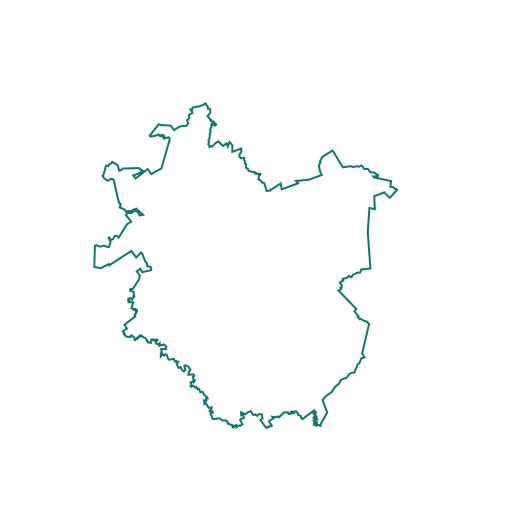 the district of Macuspana, Tabasco, Mexico, rotated 317°
{"feature_id": "50627088B6911600135809", "entity_name": "Macuspana", "entity_type": "district", "adm_level": 2, "iso_a3": "MEX", "parent_name": "Mexico", "parent_adm1": "Tabasco", "projection": "mercator", "projection_center": [-92.511, 17.856], "detail": "fine", "context": "isolated", "style": "outline", "palette": "teal", "viewbox_px": 512, "rotation_deg": 317, "n_neighbors": 0, "source": "geoboundaries", "source_scale": "gbopen_adm2", "svg_char_len": 6151}
<svg xmlns="http://www.w3.org/2000/svg" viewBox="0 0 512 512"><g transform="rotate(317 256 256)"><path d="M399.5,280.6L400.4,280.0L399.2,275.3L396.6,272.5L397.3,269.3L396.8,268.0L394.8,266.7L394.5,265.6L395.0,262.4L394.6,261.5L392.4,261.1L391.2,259.3L387.7,257.2L386.5,254.9L380.0,250.4L384.0,231.1L372.3,228.7L367.3,230.4L367.3,231.2L363.6,232.8L360.3,238.4L359.3,241.6L346.8,236.3L336.4,228.4L336.4,231.5L320.3,224.8L323.6,219.7L314.0,218.2L312.2,217.4L311.1,217.9L308.2,215.7L311.7,208.3L310.6,206.4L310.8,203.5L309.9,201.6L313.0,199.3L314.6,199.5L315.2,199.0L312.8,196.8L312.8,195.6L311.6,195.3L312.3,193.6L311.2,193.0L308.7,188.7L309.6,186.4L308.9,185.0L309.5,183.4L311.2,182.5L311.1,180.7L312.1,179.9L313.0,177.1L314.3,176.3L311.7,174.2L311.7,172.0L312.6,170.8L316.5,169.6L318.5,167.3L309.7,163.7L314.3,158.8L314.4,154.5L310.1,156.7L311.3,153.5L306.9,153.1L306.6,146.5L303.2,145.8L298.3,146.0L298.1,144.9L296.4,144.5L297.2,143.3L297.3,141.6L299.1,141.0L299.8,139.2L302.8,137.9L305.8,134.9L308.0,133.8L308.8,132.2L312.9,130.4L313.0,129.2L314.6,129.4L314.2,130.7L315.2,132.9L316.6,132.7L316.4,128.2L315.0,126.7L315.9,125.8L315.3,125.2L316.0,123.6L315.8,120.8L320.0,120.2L322.4,117.7L322.6,116.8L321.3,115.6L322.7,113.5L322.5,112.0L323.3,110.6L322.5,109.6L320.4,109.6L316.1,107.6L311.1,104.2L309.5,105.2L308.0,104.1L307.9,106.5L306.9,108.1L305.1,107.3L302.7,107.4L301.2,109.7L298.1,109.6L297.0,112.9L293.8,113.2L290.3,110.3L287.7,109.1L281.9,108.0L282.5,102.4L275.7,95.4L274.7,93.4L260.4,95.5L260.2,96.6L264.3,99.4L267.7,100.8L267.5,102.7L268.2,103.5L269.0,103.0L270.4,103.7L270.7,106.8L269.6,104.5L268.8,107.5L273.0,109.5L273.2,110.5L272.1,112.1L246.6,127.4L235.2,124.7L236.1,118.5L220.8,117.2L221.2,113.4L228.0,116.2L231.2,116.1L230.2,111.7L218.0,101.0L216.6,101.3L214.1,100.5L216.7,95.2L215.1,89.1L213.4,89.5L211.4,88.8L209.2,89.6L208.7,88.2L207.6,87.8L199.9,92.6L198.6,92.7L197.8,96.0L199.1,100.1L202.3,100.5L203.6,102.0L203.8,103.2L192.1,123.6L192.5,125.6L189.4,127.6L191.3,131.5L191.3,135.7L193.3,135.8L194.4,137.6L200.7,139.6L201.5,148.8L198.5,146.9L199.6,143.3L198.1,139.9L194.8,139.9L191.4,137.0L188.8,137.2L188.2,145.8L183.2,144.8L168.2,148.9L167.8,146.3L166.9,145.3L165.7,145.1L163.2,146.2L161.3,145.5L160.7,144.1L161.2,142.3L160.6,142.3L159.3,146.4L154.8,149.1L153.9,148.7L151.7,144.5L148.5,143.0L146.6,139.3L145.3,138.5L130.3,153.7L134.0,158.9L142.8,161.6L142.3,162.7L168.2,167.3L167.4,175.4L174.4,175.0L174.2,177.3L171.6,183.4L171.2,187.2L169.6,189.2L171.5,192.3L170.4,194.3L169.5,194.8L161.7,190.2L162.6,186.4L158.3,186.0L157.7,191.0L154.4,193.4L143.3,196.1L141.8,194.4L140.4,195.4L141.9,198.8L139.4,202.6L138.7,202.0L138.2,202.7L135.7,203.4L135.9,201.8L135.3,201.1L134.1,200.4L133.6,201.5L133.2,200.5L132.3,201.1L132.8,201.8L131.3,203.0L134.7,206.2L129.1,209.3L130.9,211.7L129.9,212.0L131.1,213.6L131.7,213.1L132.0,214.0L131.2,215.4L129.8,215.0L129.1,216.2L127.6,215.9L126.4,217.8L113.0,216.6L112.1,221.0L107.1,220.3L106.9,223.4L106.1,223.3L106.1,226.1L107.1,227.8L109.1,229.7L109.9,228.9L111.2,229.6L111.2,233.9L110.1,234.2L110.3,235.2L113.2,234.8L113.0,235.5L113.9,235.5L116.4,234.8L116.4,236.0L118.7,235.7L117.6,236.5L118.9,240.7L118.7,244.8L118.1,244.5L118.0,245.5L119.9,247.8L121.7,246.0L122.7,245.9L122.8,247.0L124.1,247.0L124.5,248.8L126.3,249.1L126.8,249.9L126.4,250.5L124.1,250.3L123.2,251.8L124.1,253.8L126.1,254.0L124.1,255.8L128.4,257.9L128.5,261.3L127.3,261.6L126.7,262.8L123.2,259.4L120.8,263.0L120.0,262.3L117.9,264.5L120.0,264.3L120.9,264.7L121.0,266.3L122.9,266.1L123.3,267.6L121.6,271.1L121.8,272.7L125.7,275.2L124.8,278.0L126.0,278.3L126.7,280.0L126.2,279.8L125.4,280.9L124.5,280.6L123.0,285.0L125.1,285.8L124.2,288.5L124.5,291.2L126.7,291.1L128.6,287.4L130.0,287.9L131.1,290.3L130.6,294.3L126.7,295.6L126.6,296.5L125.7,296.8L129.5,299.9L129.1,301.6L127.2,301.4L126.4,303.0L126.6,305.3L124.2,305.7L124.5,304.5L123.0,304.6L122.0,303.8L120.9,306.4L119.6,306.3L119.4,307.5L121.6,308.0L121.7,310.9L123.0,311.0L123.2,312.2L122.4,313.7L123.7,314.7L122.3,317.7L124.3,318.8L123.4,322.2L123.8,325.8L123.5,327.1L122.3,326.2L121.0,328.0L119.5,326.1L117.5,329.0L118.7,329.0L119.0,329.6L117.8,334.8L120.4,336.4L118.9,337.6L116.6,337.5L116.5,339.0L118.2,339.9L117.4,341.1L115.8,340.2L114.8,340.7L114.2,343.9L113.3,344.9L113.4,346.1L118.8,350.0L119.2,353.2L121.9,355.9L121.9,358.7L121.1,359.3L123.6,364.3L122.1,365.1L122.3,366.0L122.9,366.1L123.3,365.3L126.3,366.3L124.8,367.9L128.2,368.5L128.7,369.5L131.3,369.8L132.6,365.1L134.0,364.8L136.1,366.2L137.0,366.0L138.2,362.8L136.6,362.3L138.5,360.2L140.2,364.4L143.9,364.8L146.4,365.9L145.5,370.4L147.4,371.5L147.9,373.7L150.0,373.5L152.3,375.7L149.9,379.4L147.4,379.0L146.2,388.7L148.4,389.0L148.3,389.7L151.3,390.0L151.1,390.8L151.8,390.9L152.8,385.6L157.9,386.5L158.3,384.7L160.0,387.0L161.0,387.1L162.2,388.8L162.8,388.6L162.9,389.7L169.6,389.4L172.8,392.2L172.0,393.5L172.6,394.3L175.2,395.8L174.5,394.3L175.8,394.0L176.4,394.4L176.6,396.4L177.5,395.7L179.3,396.7L179.0,397.6L179.6,399.0L178.6,401.1L179.7,403.7L178.8,404.6L178.6,406.9L192.6,408.5L191.7,409.2L193.1,409.8L193.3,411.1L192.4,411.6L190.7,411.1L191.1,412.5L189.3,413.1L190.8,413.4L190.6,414.9L190.1,415.1L190.0,414.1L188.0,414.7L189.4,416.0L189.6,417.0L188.6,416.9L188.3,416.2L188.1,416.8L186.3,416.2L187.4,418.1L186.8,417.4L186.1,418.2L185.2,417.4L184.2,418.1L184.8,419.0L183.5,419.1L184.4,420.0L186.5,419.8L184.6,421.3L186.3,421.8L187.2,424.2L189.2,422.9L201.3,419.0L206.5,406.7L212.3,406.2L218.0,407.2L224.4,405.7L229.9,405.9L233.1,404.6L235.3,404.9L238.8,406.7L244.5,406.0L248.7,408.3L256.6,404.5L258.3,405.0L263.2,402.7L266.3,404.1L267.0,399.8L292.4,382.8L292.2,379.2L290.9,377.4L289.6,373.2L288.7,373.0L288.7,370.0L289.8,370.0L290.3,363.6L293.2,363.2L292.8,337.6L294.9,338.3L295.9,338.0L296.0,336.9L297.8,337.1L298.8,335.8L299.2,332.6L303.2,333.4L303.9,331.8L307.2,333.9L310.4,333.9L310.5,335.5L311.4,336.7L313.8,335.7L319.0,337.4L320.8,339.1L323.9,337.7L331.1,343.2L354.0,314.8L371.7,298.2L374.8,302.8L383.2,292.9L393.1,296.9L393.5,304.7L404.1,303.9L404.5,303.4L403.4,301.6L403.2,299.1L401.5,297.0L405.9,293.3L396.0,279.2L396.1,277.9L399.5,280.6Z" fill="none" stroke="#0f766e" stroke-width="2"/></g></svg>